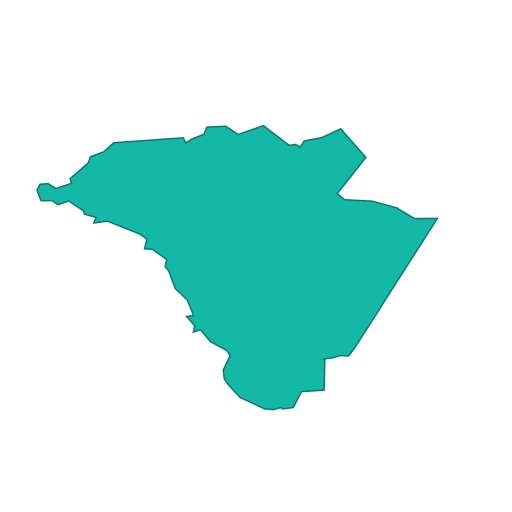 the district of Florence, South Carolina, United States of America, rotated 160°
{"feature_id": "52423323B42496570047924", "entity_name": "Florence", "entity_type": "district", "adm_level": 2, "iso_a3": "USA", "parent_name": "United States of America", "parent_adm1": "South Carolina", "projection": "mercator", "projection_center": [-79.642, 34.04], "detail": "fine", "context": "isolated", "style": "filled", "palette": "teal", "viewbox_px": 512, "rotation_deg": 160, "n_neighbors": 0, "source": "geoboundaries", "source_scale": "gbopen_adm2", "svg_char_len": 1165}
<svg xmlns="http://www.w3.org/2000/svg" viewBox="0 0 512 512"><g transform="rotate(160 256 256)"><path d="M284.5,105.1L283.3,103.2L272.7,100.9L259.7,113.0L237.9,106.7L226.8,134.9L228.3,136.2L217.6,133.9L210.8,133.6L203.2,130.4L194.5,136.0L185.5,142.9L159.9,162.4L148.4,171.3L125.4,189.0L119.2,193.7L72.7,229.3L94.1,236.9L106.4,251.8L106.7,252.7L113.7,257.6L128.1,267.8L153.4,278.5L158.3,286.8L119.0,311.1L132.9,346.5L154.0,344.7L167.0,347.0L171.5,347.5L177.1,343.2L180.8,347.4L186.8,348.5L204.5,376.0L231.2,376.3L240.1,388.3L258.1,393.9L263.2,388.2L277.0,387.8L283.4,386.2L283.8,391.9L351.0,411.1L363.3,406.0L377.7,405.9L381.7,400.9L404.3,392.3L404.6,387.3L421.0,387.9L426.7,395.1L434.5,397.3L439.3,392.7L439.1,381.5L428.5,377.7L424.6,371.9L413.2,371.7L402.8,357.6L402.9,354.0L393.0,346.9L397.2,342.5L383.7,339.6L357.7,316.3L352.7,309.2L358.3,300.9L351.2,297.8L341.1,283.3L345.1,276.9L343.1,271.8L343.0,252.9L335.6,238.3L335.0,221.3L341.9,222.9L337.4,211.4L340.9,205.9L333.5,205.8L328.0,190.9L315.8,177.2L314.4,171.2L325.8,160.0L327.9,151.1L326.0,144.5L319.4,128.6L300.3,109.5L292.2,105.6L284.5,105.1Z" fill="#14b8a6" stroke="#0f766e" stroke-width="1.5"/></g></svg>